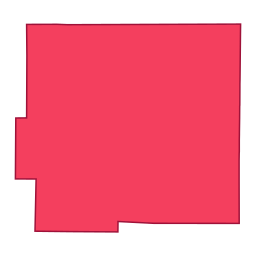 the district of Wayne, Indiana, United States of America
{"feature_id": "52423323B20136389487822", "entity_name": "Wayne", "entity_type": "district", "adm_level": 2, "iso_a3": "USA", "parent_name": "United States of America", "parent_adm1": "Indiana", "projection": "orthographic", "projection_center": [-84.945, 39.86], "detail": "fine", "context": "isolated", "style": "filled", "palette": "rose", "viewbox_px": 256, "rotation_deg": 0, "n_neighbors": 0, "source": "geoboundaries", "source_scale": "gbopen_adm2", "svg_char_len": 509}
<svg xmlns="http://www.w3.org/2000/svg" viewBox="0 0 256 256"><path d="M117.9,231.9L118.0,221.5L153.7,223.3L239.2,223.4L239.1,181.2L239.1,180.3L239.1,171.0L239.1,162.7L239.1,160.7L239.2,153.2L239.3,151.7L239.3,140.1L239.4,134.5L239.4,132.8L239.6,118.7L239.7,105.9L239.8,105.3L239.9,87.2L239.9,83.7L240.0,79.7L240.5,31.1L240.6,24.1L67.5,24.7L57.1,24.3L26.6,24.4L26.9,55.7L26.6,117.9L15.8,118.0L15.4,178.9L36.1,179.0L35.0,231.2L70.5,231.6L117.9,231.9Z" fill="#f43f5e" stroke="#9f1239" stroke-width="1.5"/></svg>